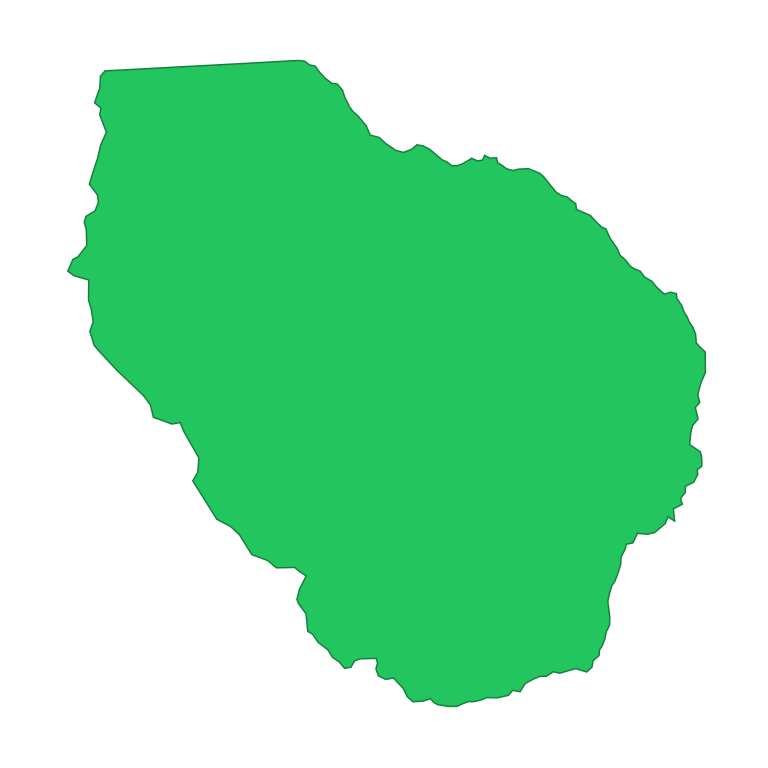 Betânia, Pernambuco, Brazil (Mercator projection), rotated 273°
{"feature_id": "56859067B94419093446187", "entity_name": "Betânia", "entity_type": "district", "adm_level": 2, "iso_a3": "BRA", "parent_name": "Brazil", "parent_adm1": "Pernambuco", "projection": "mercator", "projection_center": [-37.996, -8.262], "detail": "fine", "context": "isolated", "style": "filled", "palette": "green", "viewbox_px": 768, "rotation_deg": 273, "n_neighbors": 0, "source": "geoboundaries", "source_scale": "gbopen_adm2", "svg_char_len": 2861}
<svg xmlns="http://www.w3.org/2000/svg" viewBox="0 0 768 768"><g transform="rotate(273 384 384)"><path d="M682.1,89.0L676.3,84.7L664.5,84.7L654.4,81.6L649.6,80.3L644.8,86.9L638.0,86.0L620.9,93.6L607.5,88.5L594.3,86.2L586.8,84.0L568.1,79.3L557.9,87.9L550.5,89.3L541.8,86.4L535.8,77.6L530.0,76.2L522.6,78.6L506.7,79.9L494.9,71.6L492.1,66.8L480.1,62.3L475.9,68.9L472.4,83.7L452.5,84.5L442.9,87.9L430.6,90.3L421.2,87.5L407.3,92.6L402.3,97.4L389.1,111.0L383.9,116.3L359.8,144.5L351.1,151.7L338.7,155.5L332.9,174.4L334.8,182.5L325.6,186.9L300.5,203.0L286.2,202.7L277.3,198.1L240.2,224.1L233.7,238.1L226.2,247.3L206.7,260.9L201.6,277.2L194.8,286.1L196.1,304.4L192.1,309.7L188.3,316.4L174.5,310.3L164.3,308.3L160.0,310.3L150.4,318.2L133.0,320.8L130.5,325.8L122.6,331.7L115.6,341.9L108.5,346.7L103.8,354.2L98.0,359.5L99.4,365.7L106.0,369.2L108.3,374.5L109.6,390.6L105.2,392.1L99.1,390.9L92.2,393.7L89.1,401.1L90.9,408.9L86.1,413.8L81.0,419.2L72.7,423.8L68.2,429.6L69.4,439.6L72.2,447.0L68.7,450.2L66.6,454.4L65.4,464.8L65.9,473.8L68.5,478.6L71.2,484.7L71.5,490.3L73.5,497.5L76.2,503.1L76.5,513.4L79.6,524.5L84.8,528.6L83.8,536.0L92.2,540.6L96.7,547.9L100.2,554.9L100.7,561.6L105.5,568.1L104.4,574.8L106.3,580.0L109.8,590.4L107.0,601.5L112.3,606.6L118.6,607.2L124.1,613.0L129.9,613.2L134.0,615.6L140.8,617.9L148.1,618.9L155.0,621.9L163.0,621.7L170.1,620.4L178.5,618.9L187.0,620.2L194.8,622.2L198.8,624.8L208.0,627.8L216.2,629.8L223.6,629.8L231.5,633.4L236.7,634.5L238.3,640.8L248.1,644.9L247.8,655.1L249.9,662.2L259.4,672.2L266.3,674.5L262.3,681.4L274.4,679.5L279.6,688.3L285.0,686.0L291.5,690.6L297.6,690.3L302.1,698.4L310.2,702.1L314.7,701.3L318.5,705.7L326.9,705.1L332.7,703.6L339.5,692.4L351.1,692.9L358.4,694.2L365.7,699.5L376.7,696.1L382.1,700.3L389.6,697.9L401.3,700.3L412.3,704.4L432.8,703.1L437.6,697.4L441.4,693.7L450.0,692.6L456.8,689.5L461.8,685.7L466.6,683.4L472.2,679.6L478.2,677.1L484.8,672.0L489.6,671.2L490.6,665.1L488.3,659.2L495.4,650.8L500.4,646.4L504.3,638.8L510.1,633.9L512.3,627.4L514.8,623.5L520.7,618.4L524.9,613.0L531.7,609.7L541.1,602.3L550.5,597.4L552.1,593.1L556.7,587.7L563.0,581.4L566.3,572.7L568.3,567.1L574.2,566.0L576.6,562.0L580.2,557.4L581.7,550.8L584.5,546.0L590.6,540.3L595.3,536.2L599.8,532.1L602.6,528.4L606.6,517.1L605.6,506.9L603.9,501.8L605.4,495.0L608.2,490.9L611.0,485.9L615.8,484.5L615.0,478.3L617.5,472.4L612.7,470.7L611.7,465.7L614.0,459.7L610.9,455.4L608.4,451.5L606.1,446.8L605.4,440.6L609.2,434.9L611.0,430.1L617.5,421.7L620.6,417.5L623.8,410.8L624.6,404.4L619.8,399.3L616.3,391.4L618.0,383.2L621.1,378.4L624.1,373.3L629.9,366.4L631.9,357.2L640.9,352.7L649.6,344.7L654.6,338.7L658.6,335.3L668.6,329.7L675.4,327.1L681.2,321.5L681.5,316.2L686.5,309.0L692.5,302.9L697.8,298.8L698.8,292.8L702.1,288.1L702.6,282.2L702.1,276.6L697.8,236.9L697.1,230.7L682.1,89.0Z" fill="#22c55e" stroke="#15803d" stroke-width="1.5"/></g></svg>